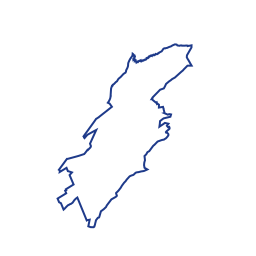 Jērcēnu pag., Strencu, Latvia, rotated 140°
{"feature_id": "27541924B36272481510247", "entity_name": "Jērcēnu pag.", "entity_type": "district", "adm_level": 2, "iso_a3": "LVA", "parent_name": "Latvia", "parent_adm1": "Strencu", "projection": "natural_earth1", "projection_center": [25.654, 57.674], "detail": "fine", "context": "isolated", "style": "outline", "palette": "blue", "viewbox_px": 256, "rotation_deg": 140, "n_neighbors": 0, "source": "geoboundaries", "source_scale": "gbopen_adm2", "svg_char_len": 5133}
<svg xmlns="http://www.w3.org/2000/svg" viewBox="0 0 256 256"><g transform="rotate(140 128 128)"><path d="M139.8,83.8L140.8,86.5L140.9,87.0L140.2,88.1L139.6,89.2L137.9,90.9L136.8,91.7L135.7,92.4L133.4,95.9L131.0,96.1L128.6,97.0L126.6,96.6L120.4,98.1L119.3,98.2L118.9,98.1L114.1,98.6L112.9,98.2L110.2,97.2L109.1,96.7L108.0,96.0L107.4,96.0L105.5,95.7L103.4,96.0L101.9,96.4L101.6,96.6L101.2,97.1L101.0,97.5L101.0,99.3L101.4,99.7L101.6,99.7L101.8,100.0L101.6,100.5L100.7,100.7L97.1,100.7L96.6,100.8L96.2,101.3L95.9,101.7L95.7,102.4L96.8,102.8L96.8,104.7L94.3,105.3L96.5,108.2L98.2,108.3L103.1,108.8L101.0,110.7L99.0,112.7L95.9,112.6L94.9,112.5L94.6,112.5L88.3,109.4L86.3,110.7L86.9,111.5L87.6,112.2L88.9,112.6L90.6,116.0L90.4,115.9L88.4,120.0L88.2,120.1L88.0,120.9L87.6,121.7L91.2,123.8L89.3,126.0L89.6,126.9L89.7,127.7L90.3,127.8L89.5,129.3L90.3,129.5L91.2,134.4L90.7,134.7L91.2,135.0L89.5,135.6L78.8,136.7L75.1,135.3L72.8,136.2L70.5,137.3L66.2,137.3L64.8,137.1L62.7,137.1L59.7,136.5L51.4,136.8L49.6,136.8L48.6,136.8L48.0,137.0L42.4,137.5L39.2,134.9L38.7,137.9L38.5,138.8L38.0,141.7L37.9,142.7L37.5,144.4L36.1,145.8L27.9,148.8L27.5,149.0L26.2,150.5L29.6,152.4L29.4,152.8L30.2,153.6L32.0,154.9L33.8,156.4L33.8,156.7L34.2,157.1L34.9,157.6L35.7,157.9L37.1,159.5L37.1,160.6L37.5,161.1L38.3,161.9L40.9,162.7L42.6,162.9L44.6,163.7L46.5,164.2L47.5,164.8L48.4,165.1L48.9,165.7L50.0,165.9L52.9,165.1L55.9,165.8L56.3,165.6L57.0,165.9L57.3,165.7L57.5,165.7L57.5,165.9L57.7,166.0L58.2,165.9L58.7,166.3L59.0,166.4L59.3,166.6L59.5,166.8L59.4,166.9L59.4,167.0L59.6,167.0L59.7,166.9L60.1,166.8L60.5,166.9L60.5,166.7L60.9,166.7L61.0,166.8L61.0,167.0L61.3,167.2L61.4,167.4L61.6,167.4L61.7,167.6L61.9,167.5L62.1,167.6L62.0,167.8L62.3,167.8L62.4,168.0L62.8,168.1L63.1,168.1L63.2,168.3L63.4,168.2L63.6,168.4L63.7,168.2L63.9,168.5L64.0,168.6L64.2,168.9L64.4,168.8L64.7,168.9L64.8,169.0L65.2,169.0L65.1,168.9L65.1,168.7L65.3,168.7L65.5,168.8L65.6,169.0L65.8,168.9L66.1,168.9L66.3,168.9L66.3,169.0L66.5,168.9L66.6,169.0L66.4,169.1L66.6,169.2L66.9,169.1L67.0,169.0L67.2,168.9L67.6,168.8L67.6,168.7L67.8,168.7L68.1,169.1L68.1,169.4L68.3,169.5L68.5,169.4L69.0,169.6L69.2,169.4L69.5,169.1L69.7,168.9L70.1,168.9L70.3,168.9L70.7,169.2L71.0,169.2L71.2,169.6L71.5,169.7L71.9,169.6L72.1,169.6L72.5,169.6L72.8,169.7L72.9,169.9L73.2,169.9L73.3,170.0L73.2,170.0L73.3,170.3L73.5,170.3L73.4,170.4L73.6,170.5L73.8,170.5L74.0,170.6L74.3,170.7L74.8,170.6L75.0,170.7L75.1,171.0L75.7,171.2L75.8,171.4L75.7,171.6L75.7,171.9L75.5,172.0L76.4,172.3L77.2,172.5L77.4,172.4L77.5,172.5L77.6,172.4L77.9,172.4L78.0,172.3L78.2,172.6L78.7,172.6L78.9,172.5L79.2,172.6L79.1,172.8L79.4,172.8L79.3,173.0L78.9,173.1L79.2,173.4L79.3,173.4L79.0,173.5L79.2,173.8L79.1,174.0L79.5,174.1L79.7,174.3L79.3,174.4L78.8,174.9L78.9,175.1L78.7,175.3L79.8,176.1L80.1,176.3L79.9,176.4L79.7,176.4L79.6,176.2L79.4,176.3L79.3,176.5L79.3,176.8L79.1,177.0L79.7,177.2L79.7,177.4L79.4,177.6L79.2,177.6L78.9,177.4L78.4,177.2L78.2,177.2L78.1,177.3L78.0,177.5L78.0,177.9L77.4,178.1L77.2,178.2L76.8,178.2L76.7,178.3L76.6,178.5L76.8,178.8L76.7,179.0L77.2,179.0L77.1,179.5L77.3,179.8L77.1,180.0L76.9,180.0L76.9,180.4L77.0,180.6L76.6,180.8L76.6,181.0L76.6,181.5L76.7,181.9L77.7,180.9L78.6,180.4L81.7,179.6L83.7,178.8L85.7,177.8L86.6,177.1L87.9,175.7L88.4,175.3L89.7,174.5L92.3,173.4L93.3,172.5L94.4,172.0L95.3,172.2L97.2,172.3L97.6,172.2L100.8,171.8L102.7,171.8L103.5,171.8L104.4,171.6L106.3,170.9L106.9,170.9L107.8,171.0L108.7,170.9L110.5,170.7L111.1,170.8L111.9,170.9L112.1,170.6L112.6,170.3L113.4,170.2L113.5,170.4L114.8,169.6L115.7,169.0L120.4,164.1L120.4,163.9L120.9,163.4L121.1,163.4L121.6,162.9L122.8,162.0L123.8,161.5L125.4,160.8L127.2,160.3L126.4,158.5L126.7,154.6L143.2,155.1L143.5,155.0L143.8,155.1L146.2,155.4L146.5,155.5L149.4,154.7L167.3,150.2L167.2,149.9L167.4,149.8L167.7,149.3L167.8,149.0L167.8,148.7L167.8,148.2L165.5,148.6L163.4,148.9L155.8,147.4L153.6,146.9L167.2,140.4L168.0,138.0L169.1,137.3L172.9,136.9L173.0,137.3L177.0,136.4L178.3,136.2L183.8,138.4L187.1,139.9L194.0,143.1L194.6,143.6L206.1,140.8L207.8,140.4L207.6,139.7L207.7,139.0L208.6,138.2L200.7,137.0L201.8,133.6L201.4,133.1L199.5,130.0L203.0,129.5L206.0,119.7L214.9,121.0L215.2,120.1L216.4,120.4L217.3,117.7L227.3,119.2L228.5,115.4L227.7,113.5L229.8,106.9L228.7,106.9L225.6,107.3L223.5,107.4L223.1,107.3L222.7,107.1L221.6,107.0L220.7,106.6L218.8,106.4L218.5,106.4L216.9,106.8L216.0,107.1L214.8,107.3L213.2,107.4L211.5,107.3L219.0,83.8L218.9,83.8L216.3,82.4L221.6,78.2L220.4,76.1L218.1,74.1L217.1,74.1L216.9,74.4L216.6,74.6L215.7,75.0L213.9,76.4L213.3,76.8L213.0,77.0L211.9,77.9L208.8,78.6L208.6,78.5L208.2,78.3L207.7,78.1L207.2,78.3L202.3,81.6L198.7,81.4L195.6,81.6L194.1,82.3L192.8,82.6L186.6,84.0L181.7,83.1L181.3,83.1L180.2,83.2L179.9,83.5L179.5,84.8L179.1,85.5L179.0,85.8L178.8,85.9L177.1,86.0L176.7,86.0L176.4,86.1L175.8,86.1L172.0,86.9L169.8,87.7L166.1,88.6L164.0,88.8L162.3,89.3L159.4,89.7L158.0,89.9L157.7,89.9L156.2,89.5L154.9,89.0L154.6,88.8L153.8,88.6L152.5,88.7L151.2,88.8L150.8,88.8L150.6,88.7L149.6,88.3L148.6,87.6L146.8,86.7L145.9,86.3L143.6,84.9L141.0,84.1L139.8,83.8Z" fill="none" stroke="#1e3a8a" stroke-width="2"/></g></svg>